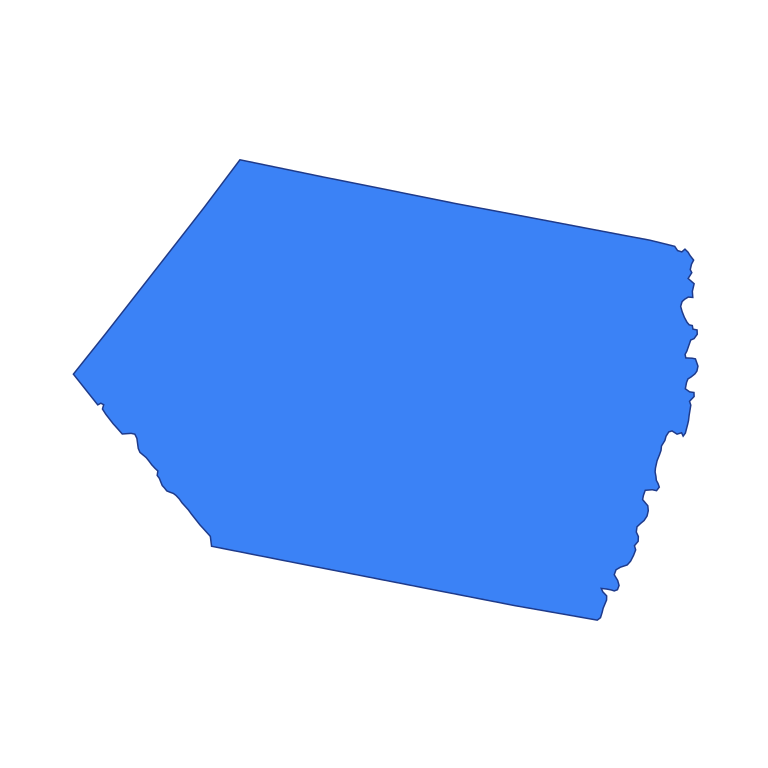 Cacaulândia, Rondônia, Brazil (Robinson projection), rotated 191°
{"feature_id": "56859067B49219352113173", "entity_name": "Cacaulândia", "entity_type": "district", "adm_level": 2, "iso_a3": "BRA", "parent_name": "Brazil", "parent_adm1": "Rondônia", "projection": "robinson", "projection_center": [-63.097, -10.33], "detail": "fine", "context": "isolated", "style": "filled", "palette": "blue", "viewbox_px": 768, "rotation_deg": 191, "n_neighbors": 0, "source": "geoboundaries", "source_scale": "gbopen_adm2", "svg_char_len": 1961}
<svg xmlns="http://www.w3.org/2000/svg" viewBox="0 0 768 768"><g transform="rotate(191 384 384)"><path d="M129.6,192.9L126.9,195.9L126.3,201.4L126.1,205.7L124.3,214.4L125.0,218.5L129.6,221.8L131.7,224.8L126.4,225.2L121.6,225.2L118.5,224.8L115.6,226.6L114.8,231.1L117.1,235.7L121.6,240.7L120.8,245.9L117.1,249.2L110.7,252.8L108.1,257.2L106.3,263.5L105.3,269.2L107.3,273.0L104.5,278.1L105.2,282.8L108.1,286.8L108.4,292.1L105.5,296.1L102.6,299.7L100.6,304.6L100.4,310.0L101.8,314.8L108.1,319.9L108.1,324.0L107.3,329.5L100.5,331.4L96.1,331.3L94.1,335.3L96.0,338.6L98.3,341.4L99.4,345.1L101.1,349.4L101.5,353.3L101.3,360.8L100.1,367.0L99.4,371.7L99.8,376.1L97.5,382.2L97.2,386.5L95.3,391.3L92.3,392.9L86.8,390.7L82.6,392.9L80.4,389.9L78.8,393.3L78.2,402.8L78.1,406.3L78.5,411.6L78.8,421.8L80.8,425.3L77.2,430.9L78.1,434.8L82.5,434.6L87.3,436.8L87.3,443.3L86.6,447.0L84.0,449.4L80.7,453.3L79.3,456.4L79.2,461.4L83.1,468.1L86.5,468.1L92.7,467.2L94.1,470.5L93.0,474.0L91.3,485.7L88.3,487.7L86.0,492.6L87.0,496.8L91.2,496.8L92.5,500.2L95.7,500.3L98.3,502.4L101.9,506.8L105.2,512.0L107.6,516.8L107.1,521.8L105.0,524.6L101.9,527.4L97.4,527.9L99.0,533.8L98.7,541.6L105.6,545.6L103.1,552.0L105.2,554.7L105.0,560.3L103.7,564.7L108.1,568.5L110.7,571.4L114.3,573.8L116.9,570.5L121.3,571.0L124.9,574.6L150.5,575.9L176.8,575.7L269.9,575.3L348.3,574.8L456.4,575.5L484.1,575.6L568.2,576.6L594.1,523.3L605.8,500.2L667.2,379.6L690.8,334.4L661.0,308.9L658.3,311.1L655.2,310.2L655.6,305.7L651.3,301.2L642.3,293.3L637.9,290.0L631.4,285.0L622.8,287.3L619.0,287.2L616.2,283.5L614.2,277.6L612.9,273.8L610.5,270.3L603.4,266.4L600.1,263.6L596.5,260.3L592.5,257.4L589.4,255.5L589.2,251.0L586.5,248.5L584.4,245.2L582.3,242.0L579.7,240.1L576.8,237.6L573.2,236.9L569.9,236.4L567.0,235.0L563.1,232.2L559.7,228.9L552.0,223.1L548.5,219.8L537.7,210.5L532.7,206.8L525.4,201.3L522.3,191.8L451.7,191.6L348.5,191.5L213.2,191.4L129.6,192.9Z" fill="#3b82f6" stroke="#1e3a8a" stroke-width="1.5"/></g></svg>